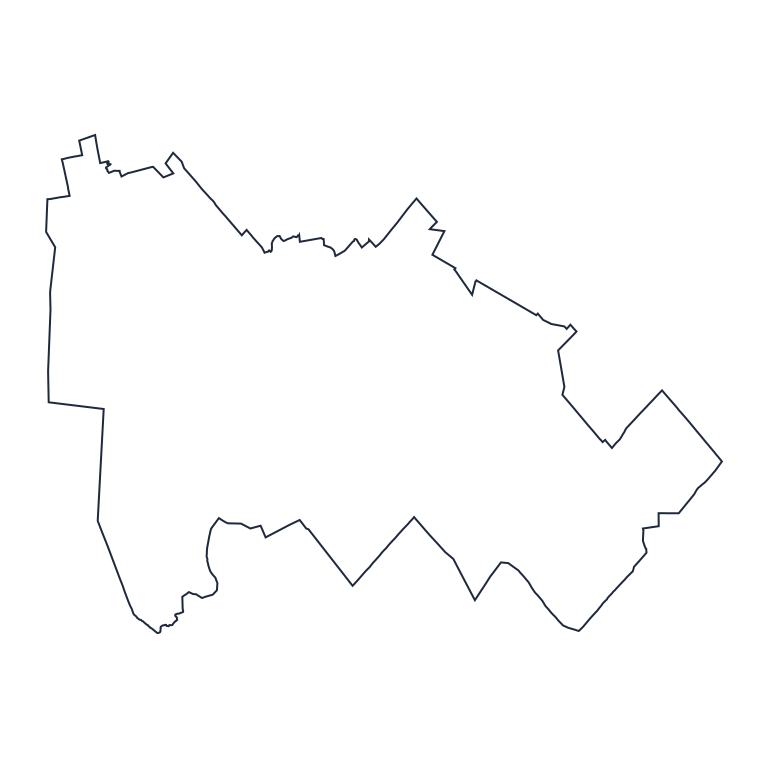 Tumbalá, Chiapas, Mexico (Natural Earth projection)
{"feature_id": "50627088B92638751100187", "entity_name": "Tumbalá", "entity_type": "district", "adm_level": 2, "iso_a3": "MEX", "parent_name": "Mexico", "parent_adm1": "Chiapas", "projection": "natural_earth1", "projection_center": [-92.267, 17.308], "detail": "fine", "context": "isolated", "style": "outline", "palette": "slate", "viewbox_px": 768, "rotation_deg": 0, "n_neighbors": 0, "source": "geoboundaries", "source_scale": "gbopen_adm2", "svg_char_len": 6081}
<svg xmlns="http://www.w3.org/2000/svg" viewBox="0 0 768 768"><path d="M721.9,461.5L720.4,459.6L717.6,456.2L716.2,454.6L714.9,452.9L709.3,446.2L707.9,444.5L706.5,442.9L702.3,437.8L699.5,434.4L698.1,432.8L696.7,431.1L695.3,429.4L690.6,423.7L685.1,417.2L682.2,413.9L680.8,412.3L679.4,410.8L677.7,408.6L674.6,404.9L673.2,403.3L670.4,400.1L662.0,390.4L660.0,392.5L655.6,397.1L653.1,399.8L648.1,405.0L646.8,406.5L643.3,410.1L642.0,411.5L640.5,413.0L639.1,414.5L637.6,416.1L635.8,418.1L627.3,427.2L626.2,428.4L625.1,430.3L624.2,432.3L622.9,434.1L621.9,436.0L619.7,439.5L616.0,443.1L611.9,448.0L607.4,442.7L606.2,441.3L605.2,439.9L602.6,442.1L601.1,440.3L599.4,438.6L592.9,430.8L587.1,424.1L579.0,414.4L576.4,411.3L572.8,407.0L562.4,394.8L564.4,386.9L558.1,350.4L573.9,334.3L576.5,331.5L573.8,328.6L570.4,324.7L566.7,328.9L564.3,326.4L551.3,324.0L543.1,319.9L537.8,313.6L536.3,315.2L522.9,307.4L476.4,280.4L475.9,281.3L475.5,281.4L472.1,294.8L455.1,270.3L454.7,270.0L454.3,269.5L455.4,268.2L432.4,254.8L444.4,231.1L429.8,229.2L431.3,227.5L436.9,221.9L423.6,206.7L420.8,203.5L416.5,198.5L412.3,203.4L407.3,209.4L401.9,216.5L396.9,223.1L391.9,229.1L385.8,236.8L383.7,239.4L379.5,243.7L375.7,246.8L372.8,243.5L369.0,239.5L368.9,241.5L361.8,247.5L360.2,245.1L358.5,242.8L356.7,239.6L355.4,239.0L355.0,239.1L354.6,239.2L354.2,240.0L354.0,241.0L352.8,241.6L348.1,247.0L344.8,250.7L338.5,254.4L335.4,256.0L334.7,253.0L334.0,250.8L332.8,249.3L330.5,247.5L327.5,246.5L324.1,245.2L323.7,239.5L323.6,239.0L322.5,239.0L321.3,238.0L299.9,241.8L299.2,235.2L299.1,235.4L298.1,235.3L297.2,236.7L296.3,237.2L294.7,236.7L293.2,236.4L291.3,237.9L289.0,238.6L286.8,239.5L285.4,240.4L283.4,241.0L281.0,238.7L279.6,236.0L277.0,236.2L274.7,238.1L272.6,241.2L271.8,243.6L272.0,247.7L271.7,250.6L271.1,251.5L270.6,251.8L269.6,250.6L269.0,250.4L268.1,251.6L266.3,252.1L264.6,252.7L261.9,247.4L256.8,241.8L254.7,239.4L253.3,237.9L251.4,235.5L246.6,229.9L245.7,231.0L244.6,232.1L242.9,234.1L241.8,235.3L235.7,228.2L233.3,225.3L231.9,223.8L225.6,216.4L223.1,213.7L215.9,205.2L214.2,202.4L213.4,201.3L212.3,200.2L210.9,198.9L210.2,198.2L209.7,197.6L201.9,189.1L195.9,181.6L184.1,168.2L181.7,161.7L173.1,152.8L165.6,163.4L173.3,173.4L163.4,177.4L153.1,166.8L150.6,167.3L132.1,172.2L127.8,173.2L127.5,173.4L121.5,176.5L119.7,171.9L119.6,170.9L118.0,170.9L114.3,170.7L109.0,172.9L107.3,170.7L107.3,169.4L106.3,168.6L105.9,168.0L106.1,167.4L110.5,164.4L110.5,164.2L109.2,164.1L108.7,164.3L108.4,164.3L107.6,164.2L107.2,163.5L107.4,163.0L107.9,162.8L108.3,162.3L108.7,162.0L108.6,161.8L108.2,161.2L105.0,162.0L100.2,163.1L97.6,149.8L96.4,142.9L95.1,135.0L79.2,140.6L82.2,155.2L78.9,155.8L77.4,156.1L75.4,156.4L68.6,157.7L66.5,158.2L64.3,158.8L61.8,159.3L62.7,162.8L64.1,169.1L67.7,185.8L67.9,186.6L68.1,188.4L68.3,189.7L68.6,190.8L69.6,195.9L65.5,196.5L64.6,196.7L59.9,197.3L54.9,198.2L50.5,199.0L47.4,199.2L46.1,231.9L55.2,247.3L50.3,290.0L50.1,293.3L50.5,309.6L48.1,371.3L48.7,402.3L103.7,409.0L97.7,520.8L102.0,532.0L107.5,545.8L119.8,578.5L122.4,585.0L124.7,591.7L126.3,596.0L128.0,600.5L128.6,602.0L129.9,605.2L130.3,606.0L130.6,606.7L131.7,608.7L132.9,612.2L133.8,614.4L135.3,615.7L136.2,616.4L137.3,618.0L138.2,618.6L138.8,619.2L139.8,619.7L141.1,620.0L141.7,620.7L142.4,621.2L143.1,621.4L143.5,621.9L146.8,624.7L147.0,624.7L147.7,625.0L148.9,626.5L149.8,627.0L150.1,627.6L151.9,628.6L157.0,632.8L157.3,633.0L158.1,632.9L158.5,632.9L159.3,632.6L159.6,632.5L160.2,632.0L160.4,631.4L160.5,630.4L160.5,629.7L160.7,628.5L160.6,627.3L160.8,626.8L161.8,626.0L162.4,625.6L163.1,625.3L163.9,625.3L164.5,625.0L165.4,624.8L166.1,624.9L166.2,625.6L166.8,625.9L168.0,626.0L168.6,626.2L168.9,625.9L169.5,625.3L169.5,625.1L170.7,625.1L171.6,625.2L172.1,625.1L172.4,624.9L172.9,624.1L174.3,622.3L175.0,621.6L175.3,621.5L175.5,621.1L176.0,621.0L176.5,620.5L176.9,619.7L177.1,619.7L177.0,619.2L176.9,618.6L176.9,617.6L176.4,617.0L175.6,616.3L175.4,616.0L175.2,615.3L175.2,615.0L175.7,614.6L175.7,614.4L176.1,614.3L176.3,614.1L176.6,614.1L177.3,613.7L178.3,613.7L179.3,613.6L179.8,613.2L180.1,613.1L180.5,612.9L181.3,612.7L182.3,612.3L182.4,612.2L183.1,611.9L183.1,610.4L182.6,608.6L182.6,606.2L182.3,596.8L182.7,596.5L182.9,596.4L183.9,595.7L184.2,595.4L185.3,594.8L187.1,593.5L188.9,592.1L193.2,594.1L195.9,594.2L202.0,598.0L205.9,596.6L212.7,594.7L216.9,590.3L217.4,583.2L215.3,577.6L212.7,574.7L211.0,572.4L210.3,571.2L209.8,570.0L208.2,565.0L208.0,563.4L207.3,561.4L207.4,559.0L207.0,557.8L206.6,556.4L206.7,555.1L206.9,552.2L206.9,550.6L207.1,549.0L207.1,548.2L208.4,541.1L209.2,536.7L210.4,531.3L211.2,528.5L218.9,518.1L222.4,520.4L225.4,522.2L227.9,523.3L241.0,523.6L250.4,528.5L260.6,525.7L261.9,528.6L265.6,537.4L290.0,524.6L299.7,520.0L306.2,528.5L308.5,529.3L352.6,585.8L354.3,584.0L358.2,579.7L365.4,571.4L367.8,568.9L369.5,567.3L369.9,566.8L370.7,565.7L372.7,563.2L376.6,558.9L379.8,555.3L381.2,553.4L383.7,550.6L386.0,548.3L389.4,544.2L392.7,540.6L394.8,538.5L398.4,534.3L401.4,531.0L402.7,529.5L408.4,523.6L409.3,522.4L412.8,518.7L414.1,517.1L417.2,520.8L418.4,522.1L424.0,528.6L425.5,530.4L426.0,530.9L429.4,534.8L438.9,545.1L441.2,547.7L442.5,549.1L445.3,552.2L453.3,558.9L464.3,580.0L474.9,600.2L486.7,582.2L490.3,576.4L491.4,575.1L501.0,562.4L508.2,563.1L518.5,570.5L520.5,573.0L522.8,575.4L528.7,582.4L531.8,587.8L535.1,592.7L537.3,594.9L542.2,600.6L543.5,602.7L545.4,605.9L548.6,609.5L551.2,612.7L553.3,614.9L555.2,616.7L558.3,620.5L563.1,625.5L566.1,626.8L568.0,627.7L572.4,629.0L574.8,629.7L578.7,631.0L579.1,630.7L583.0,626.9L590.4,618.1L595.3,612.7L597.2,610.8L598.9,608.5L601.1,605.9L602.5,603.8L604.1,602.0L607.0,599.3L607.4,598.3L608.8,596.6L612.2,593.1L613.5,591.3L614.5,590.6L616.7,588.1L621.4,583.1L623.2,581.2L625.1,579.3L625.2,579.1L626.3,577.8L626.8,577.2L632.7,571.4L633.3,569.7L634.0,566.8L639.7,560.5L646.5,552.7L646.2,548.8L645.7,548.5L644.6,545.9L642.9,540.8L643.4,530.3L642.9,528.5L658.7,526.2L658.6,513.2L678.7,513.3L694.1,494.4L695.9,491.2L696.9,489.6L698.0,488.1L703.4,483.5L704.0,483.2L704.9,482.4L707.2,480.0L715.3,470.6L721.9,461.5Z" fill="none" stroke="#1e293b" stroke-width="2"/></svg>